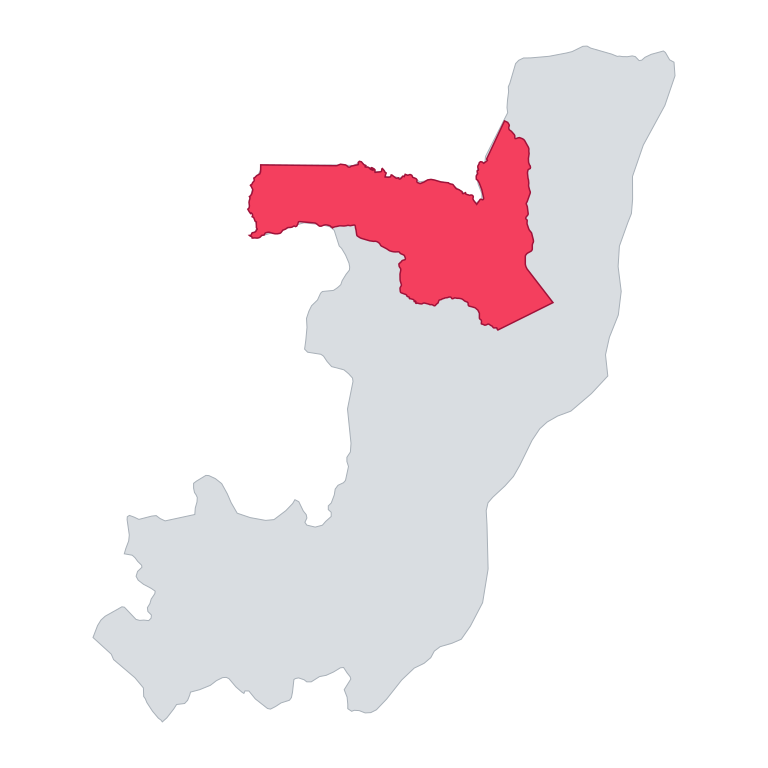 where Sangha sits in Republic of the Congo
{"feature_id": "COG-2880", "entity_name": "Sangha", "entity_type": "Region", "adm_level": 1, "iso_a3": "COG", "parent_name": "Republic of the Congo", "parent_adm1": "", "projection": "orthographic", "projection_center": [15.265, 1.384], "detail": "fine", "context": "in_parent", "style": "filled", "palette": "rose", "viewbox_px": 768, "rotation_deg": 0, "n_neighbors": 0, "source": "natural_earth", "source_scale": "10m", "svg_char_len": 9738}
<svg xmlns="http://www.w3.org/2000/svg" viewBox="0 0 768 768"><path d="M93.0,637.5L97.6,625.5L101.0,620.0L105.2,616.2L121.9,606.8L124.4,607.2L136.0,619.4L139.7,620.4L143.8,620.1L148.7,620.6L151.1,618.2L151.4,615.0L147.9,611.5L147.4,607.7L149.9,603.6L151.2,599.1L154.8,593.7L155.2,591.2L151.4,588.5L143.5,584.3L138.2,580.2L136.1,576.3L137.6,571.4L141.9,567.3L141.6,565.2L137.8,561.5L135.0,557.7L132.2,555.2L124.3,553.8L125.8,548.6L128.7,540.9L129.3,535.0L127.1,519.6L127.3,516.8L129.4,515.4L134.1,517.1L138.9,519.4L151.7,516.1L156.2,515.6L160.0,518.5L165.1,520.9L194.8,514.5L195.3,507.9L197.0,502.0L197.3,497.5L196.0,494.7L194.5,492.5L193.6,488.1L193.6,483.3L196.5,481.1L205.9,475.4L208.9,475.6L215.5,478.7L221.7,483.6L227.3,493.8L231.1,502.6L237.2,513.2L250.2,517.6L265.6,520.4L274.0,519.6L285.9,510.6L292.7,503.5L294.9,499.7L298.8,501.7L303.3,511.0L306.2,514.6L306.9,518.0L304.9,522.3L306.8,525.1L315.2,527.1L322.4,525.2L325.7,521.4L331.2,516.5L331.2,512.3L328.3,509.6L328.3,505.9L331.3,502.9L334.3,494.9L335.2,489.1L338.0,485.3L343.5,482.7L345.5,480.4L348.5,466.5L346.9,461.5L346.9,457.3L350.4,452.0L351.0,443.3L347.5,409.0L353.0,381.4L352.5,378.0L348.6,373.7L343.9,369.8L331.6,366.6L327.1,361.5L323.5,356.1L320.9,354.3L307.6,352.2L304.6,349.1L305.8,340.4L307.0,327.4L306.5,318.4L308.9,311.2L311.6,305.7L317.5,300.0L320.6,293.2L322.4,291.5L333.5,290.4L337.6,287.6L340.8,284.7L342.1,280.8L346.0,274.4L349.4,270.1L349.7,267.2L349.0,263.1L345.6,255.1L341.6,248.4L339.2,246.0L334.2,230.3L329.6,226.6L320.7,224.6L304.0,222.8L293.9,225.6L278.5,230.9L259.1,236.6L254.6,236.0L252.5,233.6L255.5,231.6L257.0,226.8L255.1,220.0L252.1,213.7L250.4,204.9L251.2,193.9L254.1,183.7L260.3,170.3L260.6,164.9L297.9,165.2L337.9,165.0L353.3,165.5L360.7,162.0L367.7,167.2L371.1,168.4L372.3,168.0L375.0,171.7L383.7,171.3L385.1,172.1L385.8,176.6L393.9,176.5L397.9,177.5L401.2,177.4L405.9,174.8L409.3,175.6L415.4,179.0L419.8,181.8L425.9,180.9L440.2,181.4L451.2,184.2L462.1,191.8L469.4,196.2L475.9,202.8L478.3,201.6L481.9,199.0L481.8,193.4L478.1,183.9L476.7,175.8L477.5,169.2L480.3,164.5L485.0,161.6L485.5,156.5L507.7,112.7L507.0,107.7L507.5,100.2L508.6,91.8L508.3,86.8L509.8,83.4L515.6,63.6L518.7,60.3L523.5,58.0L530.6,57.9L549.1,56.3L566.4,53.0L572.1,51.6L582.9,46.3L587.1,46.1L590.7,48.1L611.6,54.1L617.3,56.4L619.4,56.1L622.6,56.6L627.4,56.7L632.2,55.9L635.3,56.6L639.1,60.6L641.7,60.2L645.0,57.3L651.3,54.3L663.4,51.0L665.4,52.5L669.6,59.8L674.0,62.2L675.0,75.8L664.9,105.4L643.3,145.1L632.5,176.4L632.6,199.3L631.4,213.6L627.9,222.4L619.4,246.1L618.1,266.5L621.2,291.4L618.3,315.0L609.4,337.3L605.5,354.8L607.8,376.0L591.4,393.6L570.9,411.1L557.5,416.1L547.2,422.0L539.8,428.7L532.0,440.4L519.7,465.5L513.4,476.5L505.0,485.9L492.6,497.4L488.0,502.8L486.2,510.6L487.0,525.1L488.1,569.0L482.6,602.7L470.4,626.1L461.3,639.2L452.1,643.2L440.1,646.7L434.3,651.1L430.8,657.6L424.1,663.3L414.2,668.1L401.7,680.0L386.7,699.0L376.4,709.8L370.8,712.6L365.1,712.9L359.2,710.6L354.2,710.3L351.7,711.3L347.8,708.7L347.8,704.3L347.1,697.1L344.2,689.7L350.8,679.1L350.2,676.8L347.1,672.9L343.6,667.5L340.4,667.8L333.5,672.0L326.2,675.3L319.5,676.6L311.3,681.8L306.7,681.8L304.2,679.8L298.6,677.9L295.6,678.5L293.9,679.5L292.5,692.2L291.4,697.6L289.5,700.2L281.1,702.9L275.4,706.6L270.5,709.1L267.5,708.5L255.3,698.9L248.9,691.0L245.0,690.9L243.9,693.4L242.0,692.2L236.0,687.0L229.0,678.7L226.4,677.4L222.6,677.6L216.5,680.6L210.4,685.3L199.6,689.7L190.5,692.1L189.7,695.1L187.6,700.3L184.6,703.5L176.6,704.5L173.7,709.0L166.8,717.9L162.3,721.9L161.1,720.2L158.3,718.1L152.5,711.2L146.9,702.6L145.3,698.7L143.7,696.5L143.4,687.9L134.9,677.7L113.6,659.6L111.3,654.2L93.0,637.5Z" fill="#d9dde1" stroke="#a8b0b8" stroke-width="1"/><path d="M250.5,213.5L249.1,211.5L247.8,209.2L249.2,207.7L249.4,205.8L249.0,202.3L249.3,200.6L249.8,199.1L250.0,197.8L249.4,196.5L250.4,195.9L251.2,194.8L251.8,193.7L252.6,190.8L252.7,189.6L252.4,188.6L252.0,188.1L251.4,186.7L250.4,185.3L250.7,184.9L251.6,184.7L252.7,182.5L254.1,180.9L254.3,180.1L253.9,178.6L253.9,178.0L255.0,177.4L256.4,175.9L256.9,175.5L259.7,174.0L260.5,172.1L260.7,169.6L260.7,164.9L336.4,165.7L337.1,165.6L340.5,164.2L345.5,164.9L346.7,165.6L348.2,167.0L349.3,167.2L349.8,167.1L351.3,166.1L357.5,164.8L358.2,164.6L358.4,163.9L358.3,163.2L358.2,162.4L359.4,161.3L361.4,161.8L363.9,164.7L365.8,165.5L365.1,166.8L365.9,167.1L367.9,167.1L369.0,167.7L370.5,169.3L371.7,169.8L371.1,167.9L371.7,167.6L373.8,168.7L372.7,169.6L372.2,169.8L373.0,170.1L374.9,169.8L375.0,170.3L374.9,172.1L375.1,172.4L379.9,171.9L381.1,171.6L381.6,170.9L381.8,169.0L382.3,168.5L383.4,169.6L384.5,171.1L384.7,171.9L386.2,173.0L385.4,175.1L385.1,177.0L388.2,177.3L389.8,177.1L390.6,176.7L391.2,174.9L391.9,175.0L395.6,177.9L396.8,178.3L398.3,177.8L399.3,179.1L400.6,178.8L401.8,177.5L402.6,176.2L403.1,176.2L404.2,176.6L405.2,174.3L407.7,175.3L410.0,174.5L411.6,175.1L412.0,175.6L412.7,177.3L415.8,178.5L416.4,179.0L416.9,179.6L417.0,180.2L416.8,181.6L416.9,181.9L417.5,182.6L417.9,182.7L419.7,183.5L420.6,183.5L422.1,182.8L423.6,182.3L427.6,179.9L431.0,179.4L434.4,180.0L441.1,182.0L448.5,182.8L448.8,183.2L449.6,183.6L450.6,184.0L452.4,184.3L453.0,184.6L455.9,188.4L456.9,189.0L459.0,189.7L460.8,190.9L461.6,191.3L462.1,191.8L462.3,193.0L462.7,193.6L463.6,193.6L465.5,192.7L465.8,194.0L466.9,194.5L468.4,194.9L469.8,195.4L470.6,195.0L471.5,195.0L472.4,195.3L473.0,195.9L473.3,196.8L473.0,198.3L473.0,199.1L473.7,200.5L476.7,204.4L480.2,199.4L480.9,199.2L482.6,199.8L483.4,199.4L483.7,198.2L481.8,189.6L479.2,182.8L477.8,180.4L477.1,179.8L476.6,179.6L476.3,179.2L476.2,176.3L476.4,175.5L477.6,173.9L477.6,173.2L477.2,171.7L477.2,170.8L477.5,170.5L478.3,170.3L478.5,169.2L477.9,167.8L477.8,166.8L477.9,165.9L478.9,164.2L479.4,162.5L480.6,161.7L482.2,162.0L483.7,163.3L486.8,161.0L487.4,160.2L487.0,159.5L486.6,159.1L504.5,120.9L507.7,122.4L508.6,123.8L509.2,124.9L509.3,125.7L508.8,127.0L508.7,127.8L509.0,129.2L509.4,129.9L511.4,131.3L514.2,134.5L514.6,135.2L514.8,135.9L514.8,137.9L515.2,138.6L515.8,138.6L516.3,138.5L518.2,137.8L519.5,137.6L522.2,138.6L523.6,139.4L524.6,140.5L528.4,147.3L528.8,148.4L528.9,149.3L528.8,151.2L529.1,153.6L528.4,158.6L528.6,162.4L529.4,164.7L530.2,165.9L530.5,167.4L530.2,168.5L528.7,169.3L528.2,169.7L527.9,170.3L527.5,172.2L527.5,173.4L528.0,178.2L528.5,180.0L528.8,183.3L528.6,184.8L528.6,186.2L529.6,190.1L530.2,191.6L530.3,192.6L530.1,193.4L527.2,201.6L526.4,203.0L526.2,203.8L527.3,206.6L528.2,213.8L528.1,214.4L527.8,215.0L526.1,217.1L525.8,217.7L525.7,218.4L526.0,219.0L527.1,220.0L527.2,220.6L527.0,223.3L527.2,224.3L528.8,229.0L529.4,230.2L530.9,232.0L531.6,233.0L533.3,239.8L533.5,241.2L533.3,242.3L532.9,243.0L532.6,243.8L532.3,245.0L532.3,249.0L532.2,249.6L531.9,250.2L531.5,250.8L531.0,251.2L527.4,253.2L526.8,253.7L525.5,255.4L525.3,256.4L525.3,264.2L525.8,266.4L527.0,268.9L553.0,302.6L497.9,330.0L497.4,329.5L496.7,327.8L494.0,327.9L493.5,327.8L493.0,327.3L492.1,326.1L490.7,325.4L489.0,324.2L488.3,324.1L487.9,324.1L486.0,325.0L484.8,325.2L482.8,324.3L481.7,324.0L481.4,323.9L481.3,323.7L481.5,321.2L481.3,320.4L480.9,319.8L479.7,318.9L479.4,318.2L479.4,313.3L478.0,310.4L477.6,309.8L476.6,309.1L475.6,308.1L474.9,307.7L471.6,306.7L469.8,306.3L468.9,306.0L468.6,305.7L468.2,305.0L468.1,303.1L467.7,302.5L467.5,302.2L466.7,301.9L464.8,301.1L463.9,300.4L463.4,299.9L461.6,298.8L459.0,298.3L457.1,298.3L454.8,297.8L453.4,298.5L452.6,298.7L452.1,298.7L451.8,298.5L451.1,297.4L450.6,297.1L450.0,297.0L448.7,297.1L447.7,297.6L445.0,297.9L444.0,298.4L442.4,298.8L441.4,299.5L439.3,300.0L439.0,300.4L438.7,301.0L438.3,302.3L438.0,303.0L436.5,304.1L435.4,305.4L435.0,305.7L434.5,305.8L433.7,305.6L432.5,304.8L431.6,304.6L430.0,304.7L428.7,304.1L424.2,303.0L423.2,303.2L422.1,303.8L421.5,303.9L419.6,303.7L417.2,303.1L416.2,303.4L415.9,303.3L415.7,303.0L415.9,301.7L415.8,301.4L415.5,301.1L415.2,301.1L414.4,301.7L414.2,301.6L414.0,300.2L413.5,299.6L410.6,298.7L409.9,298.8L409.5,298.5L409.3,298.2L409.4,297.4L408.6,296.9L407.4,296.5L407.0,296.2L406.6,295.1L405.8,294.5L401.4,292.9L400.9,292.6L400.6,292.3L400.3,291.5L400.0,288.6L400.2,287.5L401.3,285.6L401.4,285.2L401.3,284.3L400.3,281.1L400.1,279.8L400.0,274.1L400.8,270.0L400.7,269.4L400.6,268.6L399.3,266.7L399.1,265.9L398.9,264.1L399.1,263.6L399.9,263.1L400.3,262.4L401.3,261.8L402.0,260.7L402.3,260.5L403.4,260.1L404.7,259.8L405.1,259.6L405.4,258.9L405.4,258.3L405.2,257.6L404.3,255.4L403.1,254.7L400.4,253.5L399.2,252.0L398.7,251.8L398.1,251.8L395.6,251.9L393.6,251.8L391.6,251.4L389.5,250.7L386.5,248.7L381.3,246.0L380.7,245.4L379.8,243.8L379.2,243.1L377.5,241.9L376.5,241.5L375.1,241.2L373.9,241.4L369.7,240.8L361.2,238.3L359.6,237.5L357.2,235.9L356.9,235.4L356.7,234.8L356.0,229.9L355.5,228.0L355.3,226.1L354.9,225.3L354.5,225.1L354.0,225.0L350.3,225.7L348.0,225.3L347.5,225.4L346.4,225.7L344.0,226.0L340.6,225.8L339.6,225.8L336.7,226.5L335.2,226.7L333.9,227.1L332.7,227.8L332.6,227.3L331.6,227.2L329.9,225.7L326.8,224.9L325.3,224.8L323.9,225.1L321.1,226.2L319.4,226.1L318.2,225.2L317.0,224.1L315.6,223.2L314.3,222.9L299.6,221.6L298.5,221.8L297.7,224.2L296.7,226.1L295.6,226.6L294.1,226.0L293.6,226.2L292.1,227.1L290.7,227.4L287.7,227.6L285.6,229.1L282.8,230.2L281.0,232.6L280.0,233.3L277.4,233.8L275.1,233.8L272.7,233.3L269.9,232.4L268.8,232.2L267.1,232.4L265.5,232.9L264.9,233.4L264.4,234.8L263.1,235.2L261.7,235.4L260.2,237.1L258.8,237.8L257.2,238.1L254.5,237.9L252.9,238.1L252.1,238.0L251.9,236.9L251.1,236.4L250.2,236.1L249.4,235.4L250.9,235.2L251.5,234.3L251.8,233.2L252.4,232.7L253.5,232.5L254.8,232.1L255.9,231.3L256.6,229.8L257.1,229.5L257.3,229.1L256.4,227.6L256.3,222.7L256.4,222.0L255.1,221.2L253.7,217.5L252.1,216.7L252.6,215.6L252.5,214.5L252.0,213.6L251.1,212.9L250.5,213.5Z" fill="#f43f5e" stroke="#9f1239" stroke-width="1.5"/></svg>